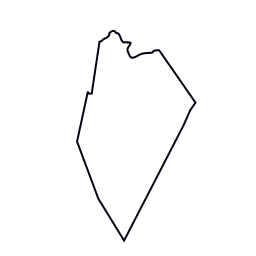 outline of Chassin/Babonneau, Dauphin, Saint Lucia, rotated 52°
{"feature_id": "8701671B17247677679787", "entity_name": "Chassin/Babonneau", "entity_type": "district", "adm_level": 2, "iso_a3": "LCA", "parent_name": "Saint Lucia", "parent_adm1": "Dauphin", "projection": "natural_earth1", "projection_center": [-60.929, 13.991], "detail": "fine", "context": "isolated", "style": "outline", "palette": "ink", "viewbox_px": 256, "rotation_deg": 52, "n_neighbors": 0, "source": "geoboundaries", "source_scale": "gbopen_adm2", "svg_char_len": 3618}
<svg xmlns="http://www.w3.org/2000/svg" viewBox="0 0 256 256"><g transform="rotate(52 128 128)"><path d="M86.0,55.6L85.9,55.7L85.9,55.8L85.7,55.9L85.6,56.0L85.3,56.4L85.1,56.6L84.9,56.8L84.8,57.0L84.7,57.1L84.5,57.5L84.4,57.6L84.3,57.8L84.2,57.9L84.1,58.1L84.0,58.3L83.6,58.9L83.5,59.1L83.4,59.5L83.3,60.0L83.3,60.3L83.3,60.5L83.2,60.6L83.2,61.1L83.3,61.3L83.3,61.5L83.4,61.9L83.4,62.0L83.5,62.4L83.4,62.8L83.0,63.5L82.9,63.6L82.8,63.8L82.7,63.9L82.5,64.1L82.4,64.4L82.2,64.6L81.9,64.9L81.8,65.2L81.5,65.5L81.3,65.8L81.2,65.9L81.2,66.0L80.8,66.6L80.7,66.7L80.6,66.9L80.4,67.2L80.3,67.3L80.1,67.6L80.0,67.8L79.8,68.1L79.7,68.3L79.6,68.5L79.4,68.8L79.3,69.0L79.2,69.1L79.1,69.3L79.0,69.5L78.9,69.6L78.6,70.1L78.5,70.4L78.4,70.6L78.3,70.9L78.2,71.0L78.1,71.5L78.0,71.8L77.9,72.0L77.8,72.4L77.7,72.6L77.5,73.0L77.4,73.3L77.3,74.1L77.2,74.4L77.2,74.5L77.1,75.0L77.1,75.3L77.1,75.6L77.0,75.9L77.0,76.2L76.9,76.3L76.9,76.6L76.8,77.0L76.8,77.3L76.6,78.0L76.5,78.4L76.5,78.7L76.4,78.8L76.3,79.2L76.2,79.4L76.1,79.7L76.1,79.8L75.9,80.4L75.8,80.5L75.7,80.7L75.7,80.8L75.5,81.0L75.4,81.1L75.3,81.3L75.1,81.5L74.9,81.6L74.6,81.9L74.4,82.0L74.2,82.0L73.7,82.2L73.4,82.2L72.8,82.2L72.7,82.2L72.4,82.2L72.2,82.2L71.8,82.1L71.6,82.1L71.4,82.0L71.1,81.9L70.9,81.9L70.7,81.8L70.4,81.8L70.2,81.7L69.8,81.6L69.7,81.6L69.4,81.5L69.2,81.5L69.0,81.4L68.9,81.4L68.6,81.3L68.4,81.2L68.2,81.2L67.8,81.1L67.5,81.0L67.3,80.9L67.2,80.9L66.9,80.8L66.7,80.7L66.4,80.6L66.2,80.5L66.1,80.4L65.9,80.2L65.7,79.9L65.5,79.7L65.4,79.6L65.3,79.4L65.1,79.2L64.9,78.8L64.9,78.7L64.7,78.5L64.6,78.1L64.5,77.9L64.4,77.6L64.2,77.1L64.1,76.7L64.0,76.4L63.9,76.1L63.9,75.9L63.8,75.7L63.7,75.5L63.6,75.3L63.4,74.9L63.3,74.6L63.2,74.4L63.1,74.2L62.8,73.9L62.7,73.8L62.6,73.7L62.4,73.6L62.2,73.6L61.9,73.8L61.7,74.0L61.4,74.2L61.3,74.3L61.2,74.5L61.0,74.8L60.9,74.9L60.8,75.2L60.8,75.3L60.7,75.4L60.0,75.5L59.9,75.6L60.0,75.7L60.2,76.0L59.5,76.4L59.3,76.6L59.2,76.8L58.9,77.2L58.7,77.6L58.6,77.8L58.4,78.1L58.3,78.3L58.2,78.4L58.1,78.5L57.9,78.7L57.8,78.8L57.5,79.0L57.4,79.0L57.1,79.1L56.8,79.1L56.6,79.1L56.4,79.1L55.8,79.1L55.6,79.1L55.4,79.1L55.1,79.1L54.9,79.0L54.6,79.0L54.4,78.9L54.0,78.8L53.9,78.8L53.6,78.7L53.4,78.6L53.2,78.5L53.0,78.4L52.7,78.4L52.4,78.3L52.2,78.3L51.9,78.2L51.6,78.1L51.4,78.0L51.2,77.9L50.8,77.8L50.3,77.7L50.1,77.7L49.9,77.7L49.5,77.7L49.4,77.7L49.2,77.6L48.9,77.6L48.6,77.5L48.4,77.5L48.3,77.4L48.1,77.4L47.9,77.4L47.8,77.5L47.7,77.5L47.3,77.7L47.2,77.7L46.9,77.9L46.6,78.1L46.4,78.4L46.2,78.5L45.9,78.8L45.7,78.9L45.4,79.0L45.2,79.0L44.9,78.9L44.7,78.9L44.4,78.8L44.1,78.8L43.9,78.8L43.6,78.9L43.5,79.0L43.4,79.0L43.2,79.2L42.9,79.4L42.8,79.5L42.7,79.5L42.5,79.8L42.4,79.9L42.4,80.0L42.2,80.3L42.1,80.5L42.0,80.8L41.9,81.0L41.8,81.3L41.8,81.5L41.7,81.7L41.7,81.9L41.7,82.0L41.7,83.1L41.7,83.3L41.6,83.6L41.7,83.9L41.9,84.5L42.0,84.6L42.3,84.8L42.5,84.9L42.5,85.0L42.8,85.1L42.9,85.3L43.0,85.4L43.1,85.6L43.2,86.0L43.5,86.7L43.5,86.9L43.6,87.1L43.6,87.3L43.7,87.5L43.7,87.8L43.7,88.0L43.6,88.4L43.6,88.5L43.6,88.9L43.6,89.0L43.6,89.3L43.6,89.6L43.5,89.8L43.5,90.0L43.4,90.4L43.4,90.7L43.3,90.8L43.2,91.2L43.2,91.4L43.1,91.5L43.1,91.9L43.0,92.0L43.0,92.4L43.0,92.6L43.0,92.8L43.0,93.0L43.0,93.3L43.0,93.5L43.0,93.9L43.0,94.0L43.1,94.3L43.1,94.7L43.1,94.8L43.1,95.3L43.1,95.6L43.1,95.8L43.0,96.1L42.9,96.3L42.9,96.5L42.7,96.8L42.6,97.0L42.4,97.3L77.4,134.2L78.4,135.1L77.5,137.0L77.4,137.0L77.1,137.3L76.9,137.5L76.7,137.6L76.4,137.7L76.2,137.8L75.8,137.8L75.7,137.7L75.4,137.7L75.2,137.6L75.1,137.8L107.3,176.5L165.5,194.9L214.3,200.4L160.1,82.6L152.2,67.8L149.6,59.2L86.0,55.6Z" fill="none" stroke="#020617" stroke-width="2"/></g></svg>